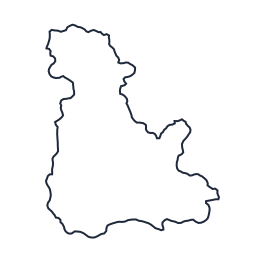 Marliéria, Minas Gerais, Brazil (Mercator projection), rotated 86°
{"feature_id": "56859067B52774594546831", "entity_name": "Marliéria", "entity_type": "district", "adm_level": 2, "iso_a3": "BRA", "parent_name": "Brazil", "parent_adm1": "Minas Gerais", "projection": "mercator", "projection_center": [-42.627, -19.682], "detail": "fine", "context": "isolated", "style": "outline", "palette": "slate", "viewbox_px": 256, "rotation_deg": 86, "n_neighbors": 0, "source": "geoboundaries", "source_scale": "gbopen_adm2", "svg_char_len": 3806}
<svg xmlns="http://www.w3.org/2000/svg" viewBox="0 0 256 256"><g transform="rotate(86 128 128)"><path d="M205.4,42.8L203.4,42.1L201.1,42.9L199.2,43.4L196.5,43.1L194.6,45.2L194.7,47.9L193.4,49.5L192.1,51.2L190.8,52.6L188.5,52.3L185.5,53.4L183.2,55.6L181.4,57.5L180.4,59.5L179.0,61.2L178.7,63.4L179.1,65.8L179.8,67.7L179.7,69.8L177.8,72.0L177.0,74.1L176.6,76.1L175.2,78.2L174.0,80.5L171.8,81.8L168.8,82.1L165.6,81.7L163.2,80.7L161.3,80.4L159.1,79.4L158.0,76.4L156.2,74.6L154.0,74.8L151.3,75.3L147.8,75.3L144.7,73.6L142.4,71.1L140.6,69.4L138.7,68.0L136.4,66.2L134.0,65.8L131.7,66.5L130.0,68.2L127.8,69.8L125.9,70.1L124.7,71.9L123.1,73.6L123.9,75.5L124.6,77.9L124.3,81.1L126.7,81.0L127.7,83.5L127.8,86.3L128.8,88.3L130.9,90.0L132.3,92.0L134.6,93.5L135.9,95.4L138.4,96.4L140.4,97.4L140.3,99.8L137.8,100.5L136.0,101.4L134.6,103.6L134.5,106.4L133.7,108.3L132.2,109.5L130.5,110.2L128.3,109.9L126.3,109.9L124.3,112.3L123.5,115.5L123.2,118.9L121.3,121.0L119.6,122.2L117.4,123.5L115.5,123.6L112.6,124.4L110.0,125.3L107.9,126.0L105.5,126.8L103.3,127.8L101.2,126.8L98.8,127.1L97.1,128.2L95.5,129.5L94.2,131.2L93.4,133.4L90.2,133.5L87.8,132.9L85.8,132.0L85.1,128.4L83.7,126.8L81.3,128.4L78.8,129.0L77.3,127.4L76.9,124.0L76.3,121.9L75.2,120.0L73.5,117.8L70.9,117.0L68.2,116.7L65.8,119.0L64.3,121.4L62.8,123.4L62.5,125.8L63.0,127.8L63.0,131.0L62.0,133.1L59.5,132.1L57.0,132.8L55.3,134.4L53.3,135.2L50.9,136.0L48.3,136.6L46.3,138.4L44.7,140.2L42.9,141.0L40.9,140.6L38.8,140.5L36.7,140.8L34.4,140.5L32.9,142.7L33.6,145.6L32.1,147.4L30.4,148.6L30.3,150.8L29.1,152.8L27.8,155.4L28.4,158.1L29.6,160.8L28.8,162.7L26.7,164.3L25.2,166.5L24.2,168.4L23.6,171.2L22.1,173.3L21.1,176.2L22.0,178.8L23.2,181.4L26.1,183.1L26.8,186.0L27.3,188.3L26.0,191.2L25.5,194.6L24.8,197.3L26.4,199.5L29.9,199.5L33.2,199.9L36.4,201.0L38.9,202.0L40.9,203.1L42.9,203.8L43.6,201.2L45.9,199.8L48.1,200.4L50.4,200.2L51.4,197.5L53.5,195.9L56.3,195.9L58.4,197.6L59.6,199.9L61.8,201.5L63.5,202.6L65.7,203.2L68.5,202.6L71.2,201.0L72.6,198.3L73.2,196.2L73.1,192.9L72.2,191.0L71.7,189.0L73.3,187.3L74.4,185.5L75.7,183.7L77.1,181.9L78.9,179.8L81.9,179.7L85.1,179.7L87.7,179.2L90.9,179.4L93.0,181.7L94.2,183.3L94.3,185.6L94.6,187.7L94.6,190.2L95.8,192.7L98.8,193.9L100.9,193.0L103.0,193.7L105.3,193.4L108.2,192.4L110.9,191.9L112.7,193.4L114.3,195.4L115.7,197.8L116.9,200.3L119.7,199.8L122.1,198.1L124.9,198.7L129.4,199.1L131.9,199.1L134.3,199.1L137.9,199.1L141.0,199.3L143.5,199.3L146.3,199.4L148.3,200.8L149.9,202.5L151.3,204.2L153.1,205.4L155.0,205.5L157.1,205.2L159.0,205.4L160.9,205.7L163.7,206.6L166.6,206.7L168.9,206.9L168.8,209.4L170.4,211.4L173.2,212.5L174.8,213.5L177.7,213.1L179.9,212.1L181.6,211.1L183.9,210.1L187.3,209.8L189.7,209.7L191.7,210.2L194.8,211.2L197.0,213.1L199.7,213.9L202.6,213.1L204.7,211.1L206.3,209.6L208.0,208.6L209.9,207.2L212.3,206.2L212.9,203.6L214.9,201.8L217.3,201.9L219.1,200.1L222.1,198.8L224.6,198.4L226.6,197.5L228.5,195.7L229.3,193.8L229.3,191.5L227.4,188.3L227.9,184.6L228.5,182.2L230.2,179.2L232.1,177.0L233.8,175.0L234.6,172.6L234.9,170.1L234.6,168.1L233.8,166.0L232.8,164.0L231.9,162.0L231.5,159.0L229.2,156.9L226.4,156.5L223.9,155.3L223.0,153.3L222.3,150.8L221.6,147.8L221.1,145.5L220.9,143.3L221.3,140.1L221.1,137.4L219.9,134.4L219.6,130.5L219.8,126.4L221.3,123.6L221.8,121.1L222.6,118.7L223.5,116.6L224.4,114.2L226.1,111.7L228.2,109.4L229.7,107.8L230.6,105.8L231.3,103.8L232.3,102.0L231.8,99.8L229.3,99.8L227.3,100.5L224.7,100.2L222.6,97.9L221.6,95.6L222.7,93.2L223.8,90.9L224.4,88.5L225.2,86.7L226.3,84.5L226.3,81.4L225.3,79.4L224.8,77.3L224.6,74.1L224.0,71.7L224.0,69.4L226.2,66.9L227.6,64.4L227.6,61.8L226.7,59.0L225.4,56.7L223.8,54.9L221.3,53.8L218.1,52.9L215.4,52.3L213.5,52.2L210.5,53.1L208.3,55.4L206.4,55.2L206.0,51.6L205.6,48.2L205.2,45.3L205.4,42.8Z" fill="none" stroke="#1e293b" stroke-width="2"/></g></svg>